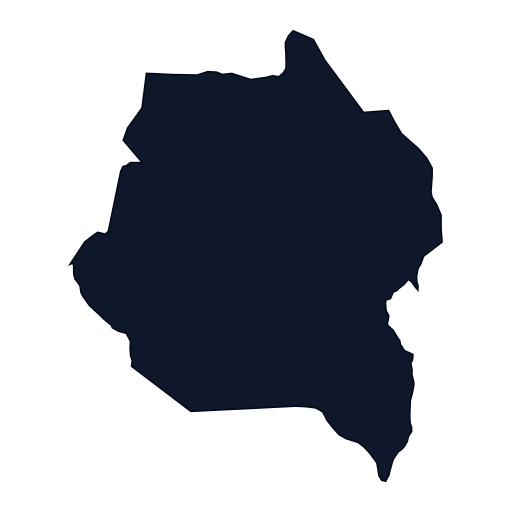 outline of Tanetze de Zaragoza, Oaxaca, Mexico
{"feature_id": "50627088B89578297577664", "entity_name": "Tanetze de Zaragoza", "entity_type": "district", "adm_level": 2, "iso_a3": "MEX", "parent_name": "Mexico", "parent_adm1": "Oaxaca", "projection": "albers", "projection_center": [-96.29, 17.383], "detail": "fine", "context": "isolated", "style": "filled", "palette": "ink", "viewbox_px": 512, "rotation_deg": 0, "n_neighbors": 0, "source": "geoboundaries", "source_scale": "gbopen_adm2", "svg_char_len": 1869}
<svg xmlns="http://www.w3.org/2000/svg" viewBox="0 0 512 512"><path d="M442.1,242.1L441.1,228.4L441.1,215.1L436.6,204.5L432.1,197.2L431.0,192.1L432.1,177.5L432.2,168.1L426.6,158.0L418.7,148.8L401.6,133.7L394.6,121.9L388.6,110.5L363.6,112.4L325.2,60.6L325.0,60.4L313.4,39.5L293.1,30.7L288.3,36.1L285.4,42.7L285.4,47.5L285.9,53.6L286.1,64.6L285.9,68.6L283.3,72.8L278.9,76.7L272.6,75.7L266.1,77.4L250.7,79.5L242.2,76.8L231.9,73.4L222.4,74.4L216.7,72.1L207.7,71.6L197.1,75.0L172.2,74.5L146.4,73.3L142.0,107.9L127.6,127.9L123.2,140.3L142.2,162.6L130.5,162.5L125.8,165.9L123.1,166.3L120.7,171.3L108.3,231.2L105.3,234.1L97.7,232.3L94.4,234.4L84.7,241.9L69.9,264.4L72.3,263.4L73.6,265.0L73.7,273.9L74.9,278.9L77.6,282.4L80.0,286.0L81.0,292.6L82.8,296.2L89.9,306.2L92.0,307.7L94.3,310.1L98.8,314.2L104.5,319.7L108.4,322.9L111.7,325.6L112.2,327.7L118.3,331.1L126.3,333.4L130.4,341.2L130.4,341.6L130.1,348.4L130.5,355.5L132.2,360.7L131.5,366.3L190.8,411.4L295.6,406.2L305.7,406.7L315.6,407.9L322.7,411.9L327.2,420.6L333.1,428.0L338.9,434.6L346.2,438.7L357.9,442.4L364.0,447.0L369.7,453.2L376.8,462.8L378.0,469.7L378.8,475.6L381.7,480.3L385.7,481.3L387.6,477.5L389.0,475.2L389.8,471.2L392.0,463.5L393.2,459.5L398.1,452.1L401.7,449.4L404.4,446.5L407.3,441.5L408.5,436.2L411.7,431.5L411.5,426.5L410.6,424.5L410.1,422.5L409.8,415.3L410.3,401.0L412.5,392.6L413.8,385.5L413.8,382.1L411.9,374.3L412.1,370.0L410.8,363.1L412.6,359.7L413.0,354.5L404.2,350.4L402.6,347.5L400.6,344.7L399.8,340.8L396.6,336.0L395.5,334.0L392.9,329.9L388.1,325.6L387.3,323.7L388.4,318.9L388.8,315.5L386.1,310.7L385.5,302.8L386.1,300.0L390.5,298.6L393.3,291.9L396.5,290.9L398.7,288.6L403.9,284.6L406.4,281.6L408.5,279.5L409.1,279.8L412.1,282.5L415.1,286.9L417.9,290.1L418.1,285.9L416.9,281.9L416.6,276.3L418.1,268.4L420.7,264.2L423.6,256.3L442.1,242.1Z" fill="#0f172a" stroke="#020617" stroke-width="1.5"/></svg>